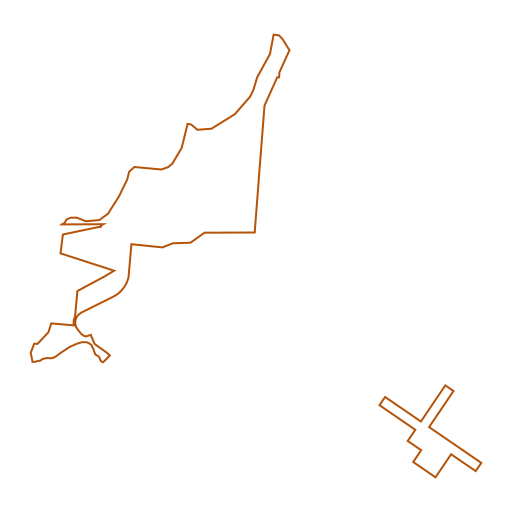 outline of Weipa, Queensland, Australia
{"feature_id": "25037944B24701814738895", "entity_name": "Weipa", "entity_type": "district", "adm_level": 2, "iso_a3": "AUS", "parent_name": "Australia", "parent_adm1": "Queensland", "projection": "orthographic", "projection_center": [141.869, -12.645], "detail": "fine", "context": "isolated", "style": "outline", "palette": "amber", "viewbox_px": 512, "rotation_deg": 0, "n_neighbors": 0, "source": "geoboundaries", "source_scale": "gbopen_adm2", "svg_char_len": 1888}
<svg xmlns="http://www.w3.org/2000/svg" viewBox="0 0 512 512"><path d="M273.6,34.7L270.0,54.0L257.1,77.4L253.5,89.7L250.1,96.7L234.8,114.2L211.5,128.7L197.5,129.8L192.6,125.7L191.1,124.5L187.6,123.9L181.7,147.9L172.3,163.7L168.2,167.1L162.7,169.0L161.2,169.5L134.4,167.0L129.2,171.7L127.2,179.5L123.9,186.2L119.1,196.2L108.0,213.7L99.2,220.1L86.5,221.2L85.8,221.3L77.1,217.7L72.7,217.7L70.7,217.7L66.6,219.4L64.3,223.5L62.8,223.7L61.9,224.4L63.8,224.4L103.4,224.2L102.4,224.8L101.0,224.9L100.9,226.8L98.7,227.0L80.5,230.8L62.9,234.5L60.5,253.4L96.8,265.1L114.1,270.7L104.5,276.5L77.4,291.0L75.1,316.3L73.8,319.9L73.6,323.6L74.0,325.4L51.3,323.4L48.4,332.3L37.5,343.9L34.3,343.6L34.2,343.7L30.7,352.8L32.5,361.5L32.5,361.9L32.9,361.9L35.0,361.9L37.7,361.0L40.2,360.7L42.3,359.2L44.0,358.7L44.6,358.5L46.9,358.0L48.7,358.1L49.4,358.2L50.6,358.3L52.9,358.0L56.3,356.2L61.2,352.5L69.6,347.0L76.7,343.8L81.9,342.2L86.0,342.2L87.8,342.6L90.5,344.3L91.7,345.3L92.1,346.9L92.8,348.0L93.5,349.2L94.1,351.4L94.7,352.8L95.2,354.3L95.6,354.6L96.8,355.4L98.2,356.1L99.4,357.5L99.9,359.0L100.5,360.4L101.6,361.6L103.0,362.3L103.2,362.2L103.5,361.9L109.9,355.5L108.4,354.1L106.8,352.7L99.1,347.2L94.7,344.0L91.3,336.3L90.8,334.8L86.0,336.5L83.2,335.5L81.0,333.6L77.7,329.6L76.0,326.7L75.2,323.5L75.4,320.2L76.6,317.2L78.6,314.6L81.3,312.6L113.4,296.6L117.6,294.1L121.2,290.8L124.3,287.0L126.7,282.8L128.5,277.7L129.8,262.7L131.0,249.0L131.4,244.2L162.4,247.4L172.8,243.3L190.5,242.7L204.5,232.7L254.7,232.5L256.5,208.9L258.5,183.3L259.4,170.6L260.1,162.0L261.2,148.3L264.5,105.6L277.2,77.4L279.1,77.3L279.4,72.4L286.5,56.7L289.5,50.3L282.4,38.9L278.9,35.3L273.6,34.7ZM435.5,477.3L451.1,454.3L475.7,471.1L481.3,462.9L429.1,427.1L453.5,391.0L445.3,385.4L420.9,421.5L385.1,397.0L379.5,405.2L415.3,429.8L407.7,441.0L421.2,450.2L413.2,462.0L435.5,477.3Z" fill="none" stroke="#b45309" stroke-width="2"/></svg>